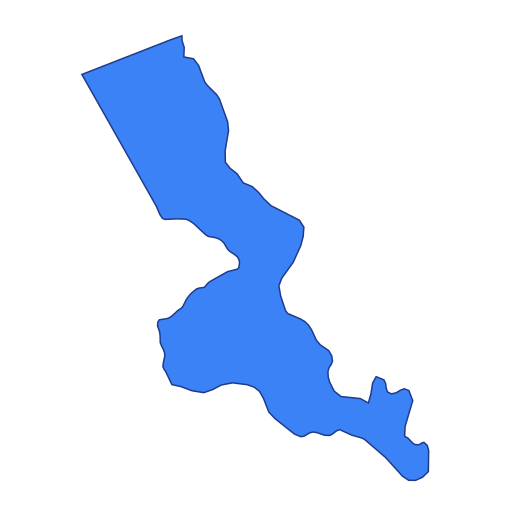 map outline of Chitipa (Albers equal-area conic projection), rotated 183°
{"feature_id": "MWI-1873", "entity_name": "Chitipa", "entity_type": "District", "adm_level": 1, "iso_a3": "MWI", "parent_name": "Malawi", "parent_adm1": "", "projection": "albers", "projection_center": [33.389, -9.977], "detail": "fine", "context": "isolated", "style": "filled", "palette": "blue", "viewbox_px": 512, "rotation_deg": 183, "n_neighbors": 0, "source": "natural_earth", "source_scale": "10m", "svg_char_len": 2112}
<svg xmlns="http://www.w3.org/2000/svg" viewBox="0 0 512 512"><g transform="rotate(183 256 256)"><path d="M78.6,78.7L75.1,75.8L73.4,70.9L72.6,49.7L78.1,43.8L84.9,40.3L91.8,40.0L98.1,43.7L116.0,61.5L138.1,78.6L141.3,79.9L150.9,82.1L161.4,86.2L162.8,87.0L166.0,85.9L170.9,81.8L173.3,80.6L178.3,80.6L185.7,82.8L190.0,83.2L193.0,82.3L198.7,78.5L201.9,77.9L208.3,80.2L228.4,94.5L235.0,100.8L241.1,114.2L245.4,121.0L250.9,124.9L257.9,127.0L272.7,128.1L283.8,125.4L292.2,120.4L300.9,116.8L313.0,118.1L323.9,121.6L333.3,123.2L340.2,136.0L341.7,137.7L343.2,140.8L342.9,144.9L341.9,151.1L342.1,153.8L343.2,157.0L345.6,161.2L347.1,164.6L347.6,171.4L348.3,175.1L350.7,181.3L350.5,185.2L349.1,187.3L343.0,188.5L340.3,189.3L338.2,190.6L335.9,192.6L331.4,197.3L327.6,200.2L326.3,202.0L323.1,209.3L320.7,212.9L318.3,215.8L313.5,220.1L310.7,221.1L306.1,221.9L304.9,223.2L302.7,226.3L300.8,228.0L283.6,238.9L274.5,241.7L273.0,242.8L272.4,244.1L272.1,248.6L272.9,251.6L274.5,254.2L278.8,257.2L281.4,258.6L283.8,260.4L285.6,262.5L288.4,266.9L291.1,269.5L295.0,271.6L298.8,272.4L303.6,272.9L305.0,273.2L307.9,275.0L320.0,285.2L324.5,287.9L327.9,289.1L336.0,289.0L348.9,287.8L351.4,288.7L354.1,292.3L358.2,300.6L439.4,428.2L351.6,467.9L341.5,472.0L341.4,470.6L341.1,467.1L338.6,460.5L338.5,451.0L328.8,449.7L323.3,443.3L316.3,427.1L313.6,423.9L303.7,415.0L300.7,410.8L291.3,388.4L290.0,379.7L292.3,359.5L291.5,348.0L286.4,342.2L279.3,337.2L272.6,328.4L263.4,325.1L256.9,319.8L251.1,313.4L243.6,307.0L214.5,294.0L209.7,287.3L209.9,278.0L211.8,268.8L218.5,251.7L229.1,235.2L231.6,227.5L229.3,217.4L223.7,203.1L221.4,200.3L208.2,195.4L203.8,193.1L199.6,189.3L196.5,184.9L191.3,175.1L187.4,170.8L178.4,165.3L175.1,160.2L174.1,154.8L175.3,151.4L177.1,148.5L178.1,144.6L177.6,139.1L176.0,134.2L170.8,125.1L163.7,120.1L144.4,119.1L136.1,115.1L134.0,124.5L132.9,135.2L129.7,141.8L121.8,139.0L119.9,135.5L119.1,131.1L117.7,127.3L113.7,125.4L108.9,126.7L105.0,129.4L101.0,131.2L96.3,129.6L91.9,119.8L98.2,93.6L98.1,83.7L94.9,82.2L89.7,77.4L87.3,76.0L83.1,76.1L80.8,77.9L78.6,78.7Z" fill="#3b82f6" stroke="#1e3a8a" stroke-width="1.5"/></g></svg>